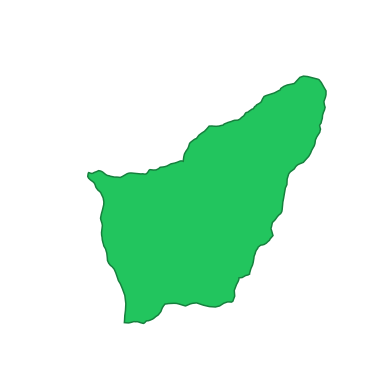 the district of Kanglung, Tashigang, Bhutan, rotated 287°
{"feature_id": "84629894B11515592913322", "entity_name": "Kanglung", "entity_type": "district", "adm_level": 2, "iso_a3": "BTN", "parent_name": "Bhutan", "parent_adm1": "Tashigang", "projection": "robinson", "projection_center": [91.534, 27.281], "detail": "fine", "context": "isolated", "style": "filled", "palette": "green", "viewbox_px": 384, "rotation_deg": 287, "n_neighbors": 0, "source": "geoboundaries", "source_scale": "gbopen_adm2", "svg_char_len": 4059}
<svg xmlns="http://www.w3.org/2000/svg" viewBox="0 0 384 384"><g transform="rotate(287 192 192)"><path d="M101.0,131.9L99.6,133.1L98.0,135.4L97.2,137.5L95.5,140.1L92.5,142.7L88.5,145.6L85.8,147.5L83.3,150.3L79.2,153.7L73.5,158.0L65.8,161.4L59.3,163.0L54.0,163.9L49.6,165.0L47.3,165.5L47.7,167.3L48.2,169.4L48.7,170.5L49.4,171.7L51.1,174.3L51.4,175.9L51.9,177.2L52.1,178.3L52.0,181.0L52.1,183.9L52.9,184.8L53.9,185.3L55.4,186.1L56.2,188.0L57.2,189.4L59.1,191.6L60.4,192.6L62.3,193.8L64.5,195.6L65.2,195.9L66.2,196.3L68.0,197.0L68.7,197.2L69.5,197.3L70.7,197.3L72.6,197.5L74.6,198.0L76.9,198.9L78.5,202.3L80.3,207.3L80.9,209.6L81.0,210.4L81.1,212.6L81.1,214.7L81.1,218.2L81.2,219.2L84.5,223.1L85.7,225.1L87.3,228.8L87.1,236.0L87.4,240.6L87.5,242.1L88.9,248.0L91.1,251.7L94.9,254.9L97.2,258.0L97.7,259.5L98.3,262.0L99.5,263.0L104.9,263.3L110.2,261.2L116.5,261.6L119.6,262.2L121.9,262.4L123.6,262.0L124.9,265.0L127.8,267.7L129.1,269.9L130.4,271.1L131.1,270.8L135.9,270.7L139.8,271.2L142.5,271.1L143.4,271.0L147.0,270.5L148.3,270.2L149.0,270.2L151.6,270.4L153.5,270.3L155.4,270.6L157.2,271.3L158.4,271.3L160.3,272.5L161.4,273.4L161.8,274.5L162.9,276.3L164.8,278.0L166.8,279.1L168.5,280.2L169.9,280.4L174.0,282.2L177.9,279.7L180.0,278.3L180.8,278.1L181.7,278.2L186.3,277.8L188.0,278.7L188.9,279.2L190.0,279.7L193.3,280.8L195.3,281.7L197.3,283.1L199.4,283.6L201.3,283.4L205.2,282.6L206.2,282.4L207.1,282.2L209.0,281.8L212.2,281.5L216.0,281.0L223.2,280.1L226.8,280.6L232.2,279.2L237.7,279.2L240.0,280.1L243.9,283.0L246.7,283.8L248.1,284.6L248.9,285.1L250.4,286.7L252.9,289.8L254.0,290.3L256.2,291.3L260.2,293.2L263.7,294.0L265.9,294.2L267.1,294.3L272.0,295.4L274.4,295.4L277.9,294.8L281.1,295.2L283.6,295.9L286.5,296.7L288.6,296.5L289.7,296.5L291.2,295.5L292.9,294.6L293.8,294.6L295.6,295.3L297.9,295.1L300.4,295.1L303.7,294.4L306.4,294.4L309.3,294.7L312.0,294.5L313.4,293.5L315.1,292.6L317.0,291.7L321.8,291.9L324.2,291.7L327.9,290.6L330.0,288.3L334.5,283.6L336.5,280.7L336.7,279.5L336.2,268.7L335.4,264.7L333.2,261.7L325.7,258.1L324.2,255.5L322.2,251.8L319.8,248.9L316.9,246.6L315.5,246.6L314.1,245.1L311.8,242.8L310.8,241.8L305.9,234.7L304.4,233.0L301.4,232.2L298.6,231.9L296.7,230.7L294.1,228.2L293.4,228.2L292.4,227.3L291.5,226.8L290.3,226.6L289.4,226.2L288.7,225.1L287.7,224.3L287.0,223.8L286.2,223.1L284.8,222.2L283.8,220.6L283.1,220.1L280.0,219.3L278.2,217.9L277.4,217.4L275.6,216.4L274.1,214.8L273.5,213.1L272.9,211.5L271.8,210.0L271.1,209.2L269.5,206.8L268.9,205.9L268.0,204.9L267.5,204.2L266.4,202.9L265.6,202.4L264.9,202.0L264.1,200.3L263.0,198.7L261.9,196.0L261.3,193.6L261.0,192.1L260.7,191.0L260.4,190.3L260.0,189.1L259.2,188.8L257.4,188.0L256.0,187.4L254.8,186.7L253.8,186.3L251.6,184.4L250.3,183.4L248.3,182.0L247.2,181.6L246.3,181.3L244.4,180.6L243.7,179.6L243.1,179.0L242.5,178.5L239.4,176.3L238.7,175.9L237.8,175.5L236.4,175.5L235.7,175.5L234.4,175.5L232.3,175.3L229.3,174.3L226.5,173.7L225.1,173.7L222.9,173.9L218.8,174.6L218.8,173.6L218.6,172.8L218.2,171.7L216.0,169.0L214.6,167.0L212.8,163.7L212.0,162.9L209.5,160.4L208.4,158.8L207.6,157.3L206.3,154.3L204.6,153.3L202.6,151.2L201.7,148.6L201.1,145.3L200.3,144.6L198.8,144.2L197.4,143.8L196.0,142.9L195.3,141.9L195.0,139.6L194.3,137.8L193.9,135.7L192.8,130.3L192.6,129.2L192.1,127.3L191.3,125.7L190.5,124.6L186.4,120.8L184.9,119.1L184.7,117.7L184.3,115.8L183.6,113.5L183.5,112.6L183.4,111.2L183.2,109.5L183.3,108.0L183.1,106.6L183.2,105.3L183.8,103.6L184.9,100.9L185.2,99.7L185.3,98.6L185.3,97.8L185.1,96.4L183.6,94.8L182.1,92.8L180.9,91.7L180.4,90.6L180.3,89.4L180.4,87.6L179.7,87.3L177.8,87.5L176.3,87.8L175.0,89.1L173.8,91.5L172.8,94.4L172.3,95.5L170.8,97.1L168.7,98.5L167.7,99.6L166.2,101.7L165.6,103.3L164.8,104.8L162.9,106.5L160.5,108.7L156.8,110.6L154.0,111.3L150.9,111.5L147.6,111.7L145.9,111.7L144.0,111.8L140.2,112.2L138.7,113.0L135.7,115.1L133.7,116.1L130.4,116.7L126.9,117.3L124.3,118.2L122.5,119.2L120.0,120.2L117.8,121.5L115.8,122.8L114.8,123.3L114.0,124.1L112.4,125.9L108.6,128.4L104.9,130.0L101.8,131.2L101.0,131.9Z" fill="#22c55e" stroke="#15803d" stroke-width="1.5"/></g></svg>